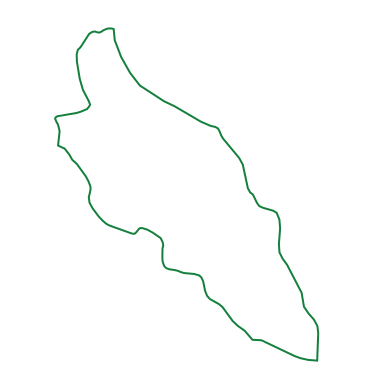 Mostaganem, Natural Earth projection, rotated 97°
{"feature_id": "DZA-2202", "entity_name": "Mostaganem", "entity_type": "Province", "adm_level": 1, "iso_a3": "DZA", "parent_name": "Algeria", "parent_adm1": "", "projection": "natural_earth1", "projection_center": [0.307, 36.01], "detail": "fine", "context": "isolated", "style": "outline", "palette": "green", "viewbox_px": 384, "rotation_deg": 97, "n_neighbors": 0, "source": "natural_earth", "source_scale": "10m", "svg_char_len": 1673}
<svg xmlns="http://www.w3.org/2000/svg" viewBox="0 0 384 384"><g transform="rotate(97 192 192)"><path d="M39.8,289.6L50.7,287.2L66.6,278.8L81.4,267.9L92.7,256.7L105.3,230.9L109.0,219.8L121.1,191.8L124.1,181.6L124.6,176.7L125.8,173.9L128.8,171.8L132.3,169.9L135.3,167.6L152.5,149.3L158.7,144.9L181.5,137.0L185.4,134.2L187.0,131.3L194.9,126.2L197.8,123.5L199.0,119.6L200.7,109.1L202.4,105.4L208.7,101.9L217.4,100.1L233.1,99.4L241.3,97.8L247.3,93.8L252.6,88.8L278.7,70.9L292.2,66.9L298.4,61.5L303.8,55.4L309.8,51.2L316.7,49.5L344.1,47.2L344.2,49.5L344.5,56.2L343.7,64.3L342.3,70.3L330.7,105.0L331.3,114.0L323.3,122.8L319.4,130.0L315.2,135.8L302.5,147.7L300.0,151.6L296.1,161.1L293.2,164.4L288.4,167.0L279.1,170.1L275.8,172.2L273.9,174.7L273.1,179.9L273.4,190.0L272.9,193.1L271.9,196.6L271.5,201.0L271.5,205.1L270.7,208.3L269.0,210.5L264.8,212.6L261.6,213.3L251.8,214.4L248.7,214.0L245.3,215.0L241.5,217.6L236.9,226.5L234.9,231.5L233.9,236.6L234.1,238.9L235.2,240.3L238.0,241.9L239.5,243.0L240.4,243.9L240.6,245.1L240.5,246.9L235.4,269.5L234.2,272.8L231.6,276.9L227.6,281.7L220.3,288.7L215.1,292.4L209.8,293.8L203.7,293.1L200.6,293.1L198.0,293.9L193.8,296.2L189.4,299.3L178.3,309.6L174.6,314.8L170.1,318.1L164.5,323.6L162.2,330.6L148.0,330.8L145.2,331.7L141.1,333.4L139.2,334.9L135.9,336.8L134.6,336.5L133.2,334.8L127.6,316.1L125.8,312.1L122.5,306.3L119.5,304.4L117.6,303.8L114.4,305.5L103.9,312.7L93.4,317.2L76.7,322.1L69.7,323.2L66.5,322.9L64.6,322.5L63.2,321.3L61.5,320.1L47.7,313.4L45.3,310.6L44.5,307.9L45.0,305.6L45.1,303.5L44.3,302.0L43.4,300.9L42.4,299.8L41.4,298.2L40.4,296.4L39.9,294.8L39.5,291.9L39.8,289.6Z" fill="none" stroke="#15803d" stroke-width="2"/></g></svg>